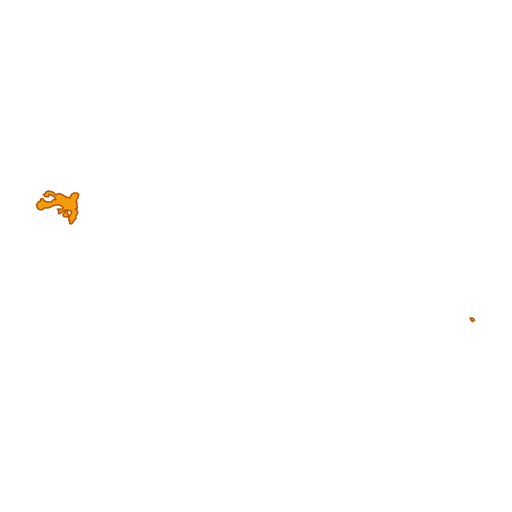 French Southern and Antarctic Lands, Natural Earth projection, rotated 184°
{"feature_id": "ATF", "entity_name": "French Southern and Antarctic Lands", "entity_type": "country or territory", "adm_level": 0, "iso_a3": "ATF", "parent_name": "Seven seas (open ocean)", "parent_adm1": "", "projection": "natural_earth1", "projection_center": [68.351, -48.018], "detail": "fine", "context": "isolated", "style": "filled", "palette": "amber", "viewbox_px": 512, "rotation_deg": 184, "n_neighbors": 0, "source": "natural_earth", "source_scale": "50m", "svg_char_len": 1593}
<svg xmlns="http://www.w3.org/2000/svg" viewBox="0 0 512 512"><g transform="rotate(184 256 256)"><path d="M446.5,288.6L448.4,288.8L449.5,288.5L454.7,284.6L456.0,284.5L455.9,287.5L457.2,288.8L455.5,289.2L452.4,289.0L451.6,290.7L454.8,292.9L456.4,293.2L457.7,293.2L460.1,292.7L462.0,291.9L465.1,290.1L466.9,289.4L470.3,289.3L472.1,287.6L472.9,287.1L474.9,287.1L476.7,287.8L477.8,289.4L478.3,291.3L477.9,293.2L476.6,295.0L474.4,296.2L474.9,297.5L474.3,298.2L473.2,298.2L472.3,297.9L470.9,296.3L469.2,295.5L465.2,295.5L463.4,295.7L463.1,296.9L462.2,297.8L461.2,298.3L459.8,298.1L459.6,298.6L460.3,299.8L462.0,301.4L465.0,302.6L466.8,302.8L467.1,300.7L469.2,300.4L471.1,301.0L472.4,302.6L471.3,303.1L470.3,303.9L470.1,305.0L468.2,306.2L467.0,306.3L463.4,305.7L461.3,304.4L460.8,303.5L459.5,303.1L458.0,304.3L456.4,304.6L453.2,303.6L450.4,302.0L448.5,301.4L445.7,301.0L444.2,304.7L442.0,306.2L439.2,306.3L437.9,306.0L437.2,304.6L437.3,303.1L437.8,301.6L438.7,300.1L439.2,298.5L439.0,296.9L438.0,295.8L438.5,293.8L437.5,292.2L437.9,291.0L439.5,290.2L438.8,289.5L438.0,289.3L437.4,288.4L436.9,287.3L437.5,285.2L438.5,283.1L438.3,280.8L439.9,278.7L441.3,276.2L442.3,275.3L443.6,275.1L444.2,275.8L444.4,277.1L443.9,278.0L445.1,278.4L445.4,281.2L444.7,282.4L444.6,283.5L443.0,285.9L443.4,287.8L446.5,288.6ZM448.8,287.1L447.4,287.3L446.9,286.3L447.0,285.1L446.2,284.1L445.7,282.9L446.1,281.9L448.4,281.7L450.8,282.1L451.4,283.9L449.7,286.3L448.8,287.1ZM38.0,209.0L36.3,209.3L34.7,208.7L33.7,207.1L35.5,205.7L36.6,206.6L37.4,207.7L38.0,209.0Z" fill="#f59e0b" stroke="#b45309" stroke-width="1.5"/></g></svg>